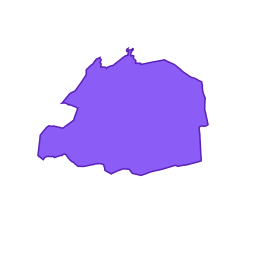 the district of Silajāņu pag., Riebinu, Latvia, rotated 139°
{"feature_id": "27541924B19288129652023", "entity_name": "Silajāņu pag.", "entity_type": "district", "adm_level": 2, "iso_a3": "LVA", "parent_name": "Latvia", "parent_adm1": "Riebinu", "projection": "natural_earth1", "projection_center": [26.904, 56.358], "detail": "fine", "context": "isolated", "style": "filled", "palette": "violet", "viewbox_px": 256, "rotation_deg": 139, "n_neighbors": 0, "source": "geoboundaries", "source_scale": "gbopen_adm2", "svg_char_len": 5399}
<svg xmlns="http://www.w3.org/2000/svg" viewBox="0 0 256 256"><g transform="rotate(139 128 128)"><path d="M107.8,61.6L107.7,61.6L105.7,60.6L100.7,58.1L99.2,57.4L97.4,56.5L96.2,56.0L94.4,55.2L93.8,55.8L92.7,57.1L91.2,59.2L86.6,65.1L83.8,68.6L82.8,69.9L79.3,74.5L79.3,74.4L77.5,76.7L76.8,77.9L76.2,78.7L75.3,80.0L74.1,81.7L72.9,81.9L71.0,81.3L70.2,80.2L69.5,79.3L68.4,78.7L67.9,78.5L67.1,78.3L65.4,78.0L64.9,78.9L63.0,82.2L62.8,82.6L62.3,83.7L61.7,84.7L61.0,85.9L60.5,86.9L59.3,89.0L58.7,90.4L57.4,92.4L56.9,92.9L56.3,93.4L56.0,93.8L55.3,94.6L54.8,95.2L54.2,95.8L52.6,97.5L50.7,99.3L50.2,100.0L49.9,100.3L49.8,100.9L49.1,102.9L48.5,104.6L47.8,106.2L47.4,106.7L45.6,109.6L45.0,110.0L44.8,110.4L44.8,110.5L44.7,110.5L43.6,111.8L43.4,112.0L43.4,112.5L42.1,114.5L43.0,116.4L43.8,118.5L44.1,119.4L44.7,121.0L45.4,122.3L46.5,124.0L47.3,125.5L47.8,127.3L47.8,127.6L49.2,132.5L49.8,135.6L49.9,137.5L50.7,141.8L50.9,143.3L51.5,145.8L52.2,147.3L52.5,148.0L53.5,150.1L55.2,153.9L55.5,154.8L55.7,155.5L57.8,156.7L58.6,157.1L60.6,158.4L62.1,159.2L63.8,160.2L64.5,160.6L65.8,161.4L67.4,162.3L69.5,163.5L70.1,163.8L72.1,164.9L72.7,165.3L73.3,165.6L75.0,166.6L75.3,166.8L75.8,167.2L76.5,167.4L76.6,167.5L76.3,167.6L76.1,167.9L76.1,168.1L76.2,168.7L76.3,169.0L76.6,169.2L77.0,169.5L77.6,169.8L77.9,170.0L78.0,170.1L78.2,170.4L78.3,170.8L78.8,171.3L79.2,171.5L79.9,171.9L79.9,172.0L78.2,173.4L78.0,173.8L77.9,173.9L77.9,174.2L78.0,175.1L78.3,176.9L78.2,177.0L78.3,177.1L78.2,177.3L78.0,177.5L77.8,177.6L77.5,177.8L77.2,178.0L76.7,178.3L76.5,178.5L76.4,178.6L76.5,179.0L77.0,179.4L77.0,179.5L77.1,179.8L77.3,180.1L77.5,180.1L78.1,180.3L78.3,180.4L78.5,180.4L78.6,180.5L78.6,180.9L78.5,181.1L78.4,181.3L78.0,181.7L77.6,181.9L76.7,182.5L76.4,182.7L76.0,182.9L75.7,183.1L75.4,183.3L75.0,183.4L74.6,183.4L74.2,183.5L73.9,183.5L73.3,183.6L73.0,183.7L72.8,183.8L72.6,183.9L72.4,184.0L72.2,184.2L72.2,184.3L72.2,184.5L72.3,184.8L72.5,184.8L72.9,184.9L73.2,184.8L73.6,184.8L74.0,184.8L74.3,184.9L74.8,185.1L75.2,185.4L75.5,185.7L75.8,185.9L76.1,186.3L76.4,186.7L76.5,186.7L76.6,186.9L76.7,187.0L76.8,187.2L76.9,187.4L76.8,187.5L76.6,187.7L76.3,187.8L76.2,187.9L76.0,188.0L76.7,188.1L77.0,188.1L77.5,187.8L78.2,187.6L78.3,187.4L78.5,187.0L78.6,186.6L78.6,186.2L78.3,186.0L78.0,185.9L77.8,185.7L77.7,185.6L77.6,185.1L77.7,184.9L77.9,184.6L78.1,184.5L78.6,184.3L79.2,184.1L79.3,184.1L79.6,184.0L79.7,183.7L79.8,183.5L79.9,183.2L80.0,183.1L80.3,183.0L80.5,183.0L80.9,183.2L81.1,183.3L81.3,183.4L81.4,183.6L81.6,183.7L82.0,183.9L82.2,184.0L82.3,184.0L82.6,184.1L82.8,184.1L83.2,184.3L84.1,184.3L86.1,184.5L90.2,184.6L91.7,184.7L93.0,184.8L93.9,184.8L94.3,184.9L98.2,185.0L100.0,186.0L103.1,187.2L103.3,187.2L105.2,187.1L105.1,187.3L105.1,188.4L105.3,188.9L106.7,190.2L107.3,190.9L108.5,191.9L107.9,192.5L107.1,193.3L106.2,193.9L106.3,195.3L106.2,195.4L106.2,195.5L104.0,196.8L103.5,197.2L103.3,197.7L103.7,199.0L103.0,199.4L102.8,199.6L103.5,199.9L104.9,200.1L105.5,200.2L105.8,200.2L106.0,200.2L106.1,200.4L106.2,200.5L106.3,200.6L106.5,200.8L111.5,199.7L112.0,199.5L112.8,199.3L114.5,199.6L116.0,199.6L117.4,199.5L121.3,199.3L123.2,197.2L124.8,195.5L126.6,195.0L127.1,194.9L129.5,194.2L132.0,193.5L137.9,192.0L139.8,191.6L143.6,190.7L148.3,192.0L149.6,192.1L153.3,191.5L154.4,191.3L158.3,190.6L161.2,190.1L161.6,190.1L160.9,189.6L159.8,188.8L159.2,188.3L159.0,188.1L158.8,187.8L158.6,187.2L157.8,185.4L157.8,185.1L157.9,184.6L157.7,184.4L157.4,184.2L156.9,184.1L156.7,183.9L155.1,180.9L154.8,180.2L154.5,179.6L153.9,178.6L153.6,177.9L153.4,176.9L153.3,176.6L153.2,176.3L152.8,175.9L153.8,175.3L158.6,172.7L159.4,172.2L161.2,171.2L164.0,169.5L164.5,169.6L166.2,169.7L168.5,169.9L170.5,170.1L170.8,170.1L174.5,170.4L177.3,170.6L178.6,172.4L179.6,173.9L180.7,175.3L181.9,177.0L183.0,178.5L184.1,178.9L184.8,179.6L184.9,179.9L185.8,181.0L186.3,181.6L189.4,181.9L189.6,181.6L190.1,181.6L193.6,181.1L195.4,180.9L199.0,180.1L200.3,178.9L202.2,177.0L202.5,176.8L203.7,175.7L205.8,173.8L206.1,173.5L208.3,171.6L210.2,169.8L211.4,168.7L213.9,166.5L213.7,164.7L213.8,164.6L213.7,164.5L213.4,163.1L212.9,160.1L212.8,159.7L211.7,160.0L211.2,160.0L210.8,160.3L210.6,160.3L210.0,160.4L209.9,160.4L209.7,160.3L209.2,160.1L207.3,159.4L206.9,159.0L205.4,157.4L204.6,156.6L203.3,156.0L203.1,155.8L203.0,154.9L203.1,154.4L203.0,154.2L202.5,153.7L202.4,153.6L200.6,153.1L198.5,152.1L197.2,151.7L196.9,151.5L195.9,150.5L195.2,150.6L194.4,150.6L194.0,150.6L193.9,150.6L193.5,150.2L193.4,150.1L192.4,149.3L192.6,146.1L192.7,144.6L192.8,141.8L192.7,141.3L192.6,140.6L192.5,139.5L191.8,138.2L191.5,135.8L191.5,135.5L191.3,134.6L191.1,133.9L191.0,133.6L191.1,133.2L191.1,132.8L190.9,131.9L188.8,130.0L186.9,128.2L182.2,125.5L180.3,124.5L179.0,123.7L178.6,123.4L176.0,122.2L172.6,119.6L171.2,117.7L170.5,116.4L170.6,116.0L170.8,115.5L171.2,115.0L171.7,113.3L173.0,111.6L173.2,111.0L172.5,109.0L172.4,108.7L172.2,108.1L172.0,107.8L171.7,107.0L171.0,105.0L170.8,104.3L170.7,104.3L170.1,104.2L169.9,104.2L169.4,104.0L167.7,103.6L166.7,103.3L166.1,103.1L164.9,102.8L164.6,102.7L162.7,102.0L158.1,100.2L157.5,99.5L156.2,98.1L155.1,97.0L154.3,96.2L154.2,96.0L154.2,95.9L154.2,95.4L154.3,94.7L154.3,93.9L154.5,91.0L149.3,83.7L143.9,81.5L143.6,81.5L140.8,80.4L139.6,79.9L136.6,78.5L133.0,76.4L128.5,74.1L126.5,73.2L126.3,73.1L121.6,71.0L117.3,69.1L117.1,69.1L116.0,67.7L115.8,66.6L111.5,64.1L107.8,61.6Z" fill="#8b5cf6" stroke="#5b21b6" stroke-width="1.5"/></g></svg>